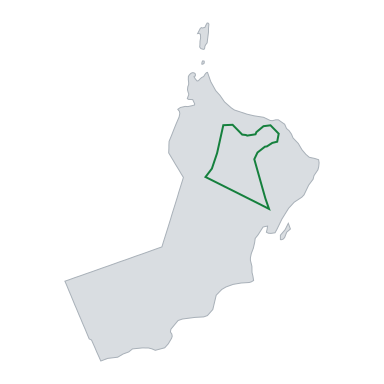 Ad Dakhliyah on a map of Oman (Mercator projection)
{"feature_id": "OMN-2404", "entity_name": "Ad Dakhliyah", "entity_type": "Region", "adm_level": 1, "iso_a3": "OMN", "parent_name": "Oman", "parent_adm1": "", "projection": "mercator", "projection_center": [57.794, 22.3], "detail": "fine", "context": "in_parent", "style": "outline", "palette": "green", "viewbox_px": 384, "rotation_deg": 0, "n_neighbors": 0, "source": "natural_earth", "source_scale": "10m", "svg_char_len": 3301}
<svg xmlns="http://www.w3.org/2000/svg" viewBox="0 0 384 384"><path d="M100.8,361.0L98.8,356.5L96.8,352.1L94.9,347.6L92.9,343.1L91.5,340.0L89.2,338.9L87.8,335.6L86.4,332.2L85.0,328.8L83.5,325.4L82.1,322.1L80.7,318.7L79.2,315.3L77.8,311.9L76.4,308.5L74.9,305.1L73.5,301.7L72.1,298.3L70.7,294.9L69.2,291.4L67.8,288.0L66.4,284.6L64.9,281.2L69.5,279.6L75.0,277.6L80.6,275.7L86.2,273.7L91.7,271.8L97.3,269.8L102.9,267.8L108.4,265.9L114.0,263.9L119.5,261.9L125.1,260.0L130.7,258.0L136.2,256.0L141.8,254.1L147.4,252.1L152.9,250.1L158.5,248.1L161.9,246.9L163.3,242.3L164.5,238.5L165.7,234.7L166.9,230.9L168.1,227.1L169.3,223.2L170.5,219.4L171.6,215.6L172.8,211.7L174.0,207.9L175.2,204.1L176.4,200.2L177.6,196.4L178.7,192.5L179.9,188.7L181.1,184.8L182.3,181.0L183.4,177.4L181.3,174.0L178.6,169.4L175.7,164.7L173.0,160.1L171.0,156.8L168.7,152.9L168.9,147.8L168.9,145.2L169.1,141.3L171.4,135.8L174.1,128.9L176.0,124.2L177.7,120.2L179.1,117.0L179.8,113.6L179.4,111.3L178.6,110.4L177.8,109.3L180.4,107.5L185.2,106.4L187.8,106.6L191.6,105.8L194.5,105.0L194.7,103.9L193.9,102.2L192.7,99.6L188.5,99.4L187.3,98.6L188.7,94.8L188.7,93.6L188.1,92.2L187.5,89.8L187.8,86.8L188.6,84.7L188.7,83.0L188.3,79.5L188.4,76.4L189.3,74.9L190.8,73.4L192.3,72.7L193.8,72.8L195.0,73.4L195.5,75.0L195.2,76.1L194.3,76.3L194.0,76.7L195.3,78.9L197.1,81.0L198.4,80.7L200.0,79.0L201.6,77.6L203.7,76.5L205.1,74.2L206.4,72.7L207.5,72.4L210.8,81.8L215.7,90.6L220.0,95.4L224.5,101.9L231.3,107.9L234.4,110.0L247.1,114.2L254.0,115.8L263.6,117.3L270.2,120.5L272.4,120.7L275.8,119.8L278.3,119.8L284.7,124.3L286.5,128.5L289.1,130.7L291.5,134.2L293.0,137.9L298.3,143.5L302.0,149.8L305.9,154.4L309.3,157.3L314.5,158.4L318.6,159.7L319.1,162.8L318.7,166.8L317.9,169.8L314.0,175.6L313.1,179.2L308.7,185.1L304.0,194.9L301.8,197.2L294.2,202.2L288.6,208.3L282.0,218.9L276.9,229.4L275.0,232.8L270.9,233.4L268.3,233.2L266.4,232.2L267.1,229.3L267.6,226.1L265.1,226.5L263.0,227.1L258.0,234.9L255.2,238.4L254.6,242.7L253.3,248.3L251.3,253.5L250.4,257.8L250.4,260.3L251.9,266.3L252.0,272.4L252.9,276.1L253.6,280.5L251.2,281.9L249.2,282.5L241.2,283.0L233.0,284.4L225.9,287.0L221.7,289.5L216.2,295.2L212.8,309.5L207.4,315.6L203.7,316.9L194.9,317.4L182.5,319.0L178.1,320.5L170.9,329.2L170.4,332.0L171.8,334.0L172.2,336.2L171.6,338.2L168.3,343.8L164.7,347.8L155.3,350.3L151.8,348.8L148.6,348.0L142.5,347.9L132.5,348.9L128.8,351.9L123.1,354.0L117.7,357.2L107.6,358.4L100.8,361.0ZM204.6,48.4L204.0,49.3L203.1,49.3L200.9,48.6L199.7,47.0L199.9,45.0L200.0,41.3L200.6,37.9L200.4,34.2L198.8,33.4L197.6,33.6L200.3,28.4L201.4,27.6L202.4,28.0L204.9,27.4L206.2,24.6L207.2,23.0L208.3,23.2L208.9,24.1L208.5,28.4L208.5,32.0L207.1,42.9L205.6,44.8L204.9,46.3L204.6,48.4ZM283.0,239.2L281.0,239.8L280.4,239.5L280.4,235.2L285.1,229.7L288.3,223.3L290.4,229.0L286.7,232.2L284.6,237.6L283.0,239.2ZM204.1,63.3L202.8,64.2L201.8,64.1L202.0,62.2L202.6,60.9L204.0,61.0L204.3,61.8L204.1,63.3Z" fill="#d9dde1" stroke="#a8b0b8" stroke-width="1"/><path d="M262.3,187.6L265.4,198.5L269.0,208.9L258.8,203.7L205.5,177.0L211.9,168.6L217.1,153.1L223.3,125.2L232.6,124.8L242.2,134.6L245.9,135.0L247.2,135.6L255.5,134.3L256.4,132.1L263.5,126.2L270.5,125.3L278.7,133.7L277.2,141.7L272.3,142.9L266.9,146.4L264.9,146.7L257.5,152.5L254.3,159.2L262.3,187.6Z" fill="none" stroke="#15803d" stroke-width="2"/></svg>